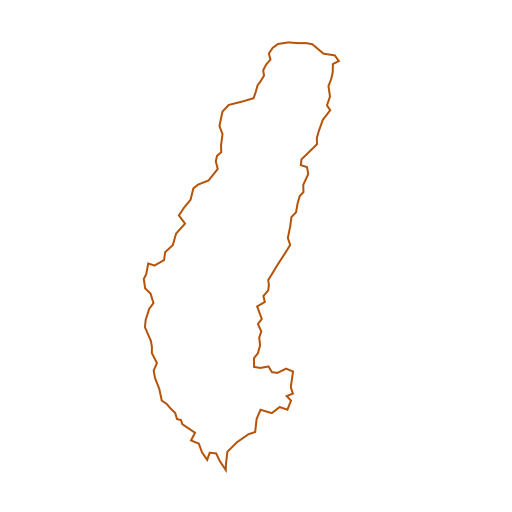 Lefka, Cyprus, rotated 166°
{"feature_id": "46923920B88309634492013", "entity_name": "Lefka", "entity_type": "district", "adm_level": 2, "iso_a3": "CYP", "parent_name": "Cyprus", "parent_adm1": "", "projection": "robinson", "projection_center": [32.83, 35.094], "detail": "fine", "context": "isolated", "style": "outline", "palette": "amber", "viewbox_px": 512, "rotation_deg": 166, "n_neighbors": 0, "source": "geoboundaries", "source_scale": "gbopen_adm2", "svg_char_len": 1828}
<svg xmlns="http://www.w3.org/2000/svg" viewBox="0 0 512 512"><g transform="rotate(166 256 256)"><path d="M262.7,99.3L257.0,107.2L260.1,112.6L253.5,113.6L254.0,120.1L251.5,126.5L248.0,134.9L254.0,139.4L263.6,137.4L268.6,139.4L270.6,145.8L278.7,146.3L284.7,148.8L282.7,157.3L277.7,161.2L273.7,168.2L272.6,176.1L269.1,181.5L270.6,189.5L265.6,193.5L267.1,206.8L258.5,209.3L258.5,215.3L252.5,219.7L250.5,224.7L250.0,229.7L244.9,234.6L237.4,242.1L227.3,251.5L220.2,258.4L220.7,265.9L215.7,276.3L212.2,285.2L206.6,288.7L203.1,296.6L199.1,303.6L194.5,306.5L193.0,313.5L185.5,322.9L185.0,329.9L190.5,333.3L188.5,338.8L182.4,342.3L169.8,349.7L168.3,356.1L164.8,362.1L158.2,372.0L148.7,379.5L150.7,384.9L145.6,392.9L144.6,403.3L140.1,409.7L137.1,415.7L135.0,423.6L133.9,423.9L128.5,425.1L131.0,431.6L141.6,436.0L146.6,443.0L150.2,447.9L155.7,450.4L163.8,452.4L172.8,455.4L183.4,456.4L189.5,453.9L194.5,449.4L194.5,443.0L199.6,439.5L204.1,434.5L204.6,429.1L209.1,424.6L213.2,421.2L217.2,414.2L220.2,409.7L231.3,409.2L245.9,409.2L253.5,404.3L256.5,398.3L260.0,390.9L259.0,382.4L263.1,372.0L264.6,365.1L269.6,362.6L272.1,357.6L272.1,349.7L283.7,340.8L294.8,339.3L300.4,336.8L305.9,326.4L314.0,320.4L321.0,314.0L317.0,304.6L328.1,297.1L332.2,290.0L334.1,286.7L343.2,281.7L346.2,274.3L356.8,271.3L362.4,274.8L366.9,264.9L370.4,260.9L371.4,251.5L367.4,245.0L366.9,235.1L372.4,230.6L378.5,220.7L381.0,213.8L378.5,198.9L379.0,193.0L380.5,187.0L378.0,176.1L383.0,169.6L383.5,162.2L382.0,150.3L382.4,138.5L378.5,134.1L375.6,128.4L372.4,123.3L372.1,116.9L368.5,115.0L368.2,110.6L357.9,99.2L363.7,92.8L356.9,87.8L355.9,78.6L352.7,70.0L348.5,76.3L342.4,74.1L340.8,65.9L337.1,55.6L335.6,61.1L331.1,73.0L319.5,79.9L306.4,84.9L299.4,85.4L294.8,97.8L288.8,105.7L278.7,99.7L269.6,103.7L262.7,99.3Z" fill="none" stroke="#b45309" stroke-width="2"/></g></svg>